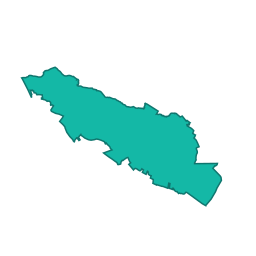 the district of Bobota, Salaj, Romania, rotated 46°
{"feature_id": "2599482B19126209643390", "entity_name": "Bobota", "entity_type": "district", "adm_level": 2, "iso_a3": "ROU", "parent_name": "Romania", "parent_adm1": "Salaj", "projection": "equal_earth", "projection_center": [22.731, 47.382], "detail": "fine", "context": "isolated", "style": "filled", "palette": "teal", "viewbox_px": 256, "rotation_deg": 46, "n_neighbors": 0, "source": "geoboundaries", "source_scale": "gbopen_adm2", "svg_char_len": 5796}
<svg xmlns="http://www.w3.org/2000/svg" viewBox="0 0 256 256"><g transform="rotate(46 128 128)"><path d="M102.9,172.0L103.0,171.7L103.2,170.7L101.0,170.2L100.3,170.2L100.0,168.3L99.9,166.4L100.4,166.6L100.7,166.9L102.5,166.4L105.1,166.1L107.7,165.1L108.9,164.6L110.5,163.5L111.2,162.9L113.1,160.2L113.9,158.5L115.0,157.6L115.9,157.0L118.0,155.9L120.4,154.9L121.1,154.6L121.5,154.6L122.8,154.9L122.9,155.0L123.5,155.3L123.8,155.3L124.0,155.0L123.6,154.1L126.1,154.3L126.6,154.2L128.6,154.1L129.7,154.4L130.3,154.8L132.6,154.8L129.0,162.9L130.6,162.7L135.4,161.9L139.5,161.0L143.7,160.3L144.6,160.0L145.3,160.0L147.2,160.7L147.7,160.3L147.9,159.9L147.9,159.7L148.3,159.4L148.7,158.6L148.8,158.2L148.0,157.2L147.6,156.5L147.4,155.5L147.4,155.1L147.2,154.9L147.4,154.4L147.7,154.4L147.9,154.1L148.0,152.2L148.3,151.1L148.4,150.0L148.7,149.2L149.2,148.5L152.4,149.8L154.1,150.3L154.9,150.3L154.7,152.7L162.0,153.2L161.8,151.5L162.2,151.0L162.2,150.8L163.3,150.1L164.7,149.9L166.6,149.4L166.9,149.3L167.3,148.8L167.3,147.1L167.0,146.4L168.9,146.0L169.9,148.5L173.9,147.2L172.6,144.3L172.6,144.0L172.8,143.9L173.2,143.9L173.8,144.1L174.1,144.5L174.4,144.6L175.2,145.3L175.5,145.5L177.5,145.1L178.4,144.5L179.6,146.7L182.6,145.6L184.6,147.8L185.0,148.5L186.2,148.1L188.8,147.1L188.6,146.8L193.6,144.1L194.2,143.5L198.6,141.4L198.3,141.1L199.0,140.7L197.4,138.9L196.0,137.0L197.1,136.4L200.1,140.2L203.6,138.4L203.3,138.0L202.4,137.8L202.5,137.4L202.8,137.4L203.1,137.8L203.7,137.5L203.8,137.6L204.6,137.5L205.1,137.8L205.9,137.9L207.4,137.5L207.7,137.1L207.9,136.8L208.5,137.0L210.3,137.1L210.4,136.7L210.6,136.1L211.7,135.7L212.0,135.2L213.7,134.2L214.3,133.6L214.6,133.0L214.4,131.1L214.6,130.9L215.4,130.4L234.2,127.1L237.9,126.0L237.7,125.7L236.9,117.6L234.6,109.3L233.0,105.7L230.6,97.2L228.0,95.3L226.4,95.0L216.0,95.0L215.7,93.3L215.8,92.6L215.4,92.0L215.8,91.4L216.1,91.3L216.2,90.8L216.2,90.2L216.3,89.5L215.6,88.3L199.9,104.9L199.4,104.4L199.0,103.1L198.6,102.4L198.3,101.1L197.8,101.0L195.8,98.9L194.9,97.6L194.3,96.5L194.2,95.9L193.6,95.0L192.7,94.3L190.8,93.5L190.0,92.9L189.9,92.5L190.0,92.0L190.6,90.5L190.9,90.0L190.9,89.9L187.1,88.4L184.0,87.4L182.5,87.4L181.6,87.6L181.1,87.6L180.9,87.4L180.9,86.9L180.7,85.9L180.4,85.8L180.4,85.5L180.2,85.0L180.0,84.8L179.9,84.4L178.5,84.9L177.8,84.9L176.9,85.2L176.4,84.5L176.2,83.7L175.5,82.5L172.4,82.6L167.9,83.9L167.8,83.5L167.6,83.3L166.9,83.6L166.5,83.3L167.0,82.8L167.7,82.6L168.3,81.9L168.2,81.5L167.8,81.1L167.6,81.1L167.3,81.2L167.4,79.7L163.5,80.3L163.4,81.3L157.1,80.7L156.3,82.8L153.6,83.0L153.0,83.2L151.8,83.2L151.6,83.1L150.8,83.4L150.4,83.7L150.0,83.9L149.8,84.1L150.1,84.4L150.0,84.5L149.4,84.7L148.7,85.3L147.5,86.5L147.3,87.0L147.3,87.9L147.6,88.7L147.5,89.4L147.8,89.6L147.8,89.8L147.6,90.3L147.6,90.6L147.3,90.8L147.1,91.4L146.8,91.8L146.8,92.0L146.6,92.2L146.8,92.4L146.8,92.5L146.6,92.6L146.3,92.4L146.2,92.4L145.9,92.7L145.8,93.1L145.6,93.5L145.1,93.6L144.8,94.0L144.5,94.0L144.3,93.8L144.0,94.0L143.5,94.0L143.4,94.2L143.1,94.4L143.3,94.5L143.2,94.8L142.8,95.0L142.6,94.9L142.2,95.1L141.9,95.1L141.8,94.7L141.5,94.7L141.2,95.0L140.8,95.1L140.0,95.7L139.8,96.0L139.5,96.7L139.3,96.8L139.0,97.1L138.2,97.3L137.8,97.9L136.8,94.6L124.0,97.7L123.5,98.0L122.2,98.4L122.2,98.7L122.3,99.1L123.1,99.6L123.4,99.9L124.2,102.0L124.9,102.0L125.0,102.7L125.2,103.3L125.0,103.6L124.4,103.6L124.0,104.0L123.6,104.1L123.6,104.5L122.5,105.1L122.4,105.5L121.9,105.9L121.5,106.0L121.1,106.3L120.6,106.8L120.6,107.3L118.9,108.7L118.3,108.7L118.1,108.9L117.7,109.0L117.1,109.0L116.3,109.3L116.1,109.6L115.9,110.4L115.2,111.1L114.9,111.7L114.5,112.1L113.2,112.8L113.1,113.1L112.1,113.7L111.5,114.2L110.4,114.2L109.8,114.1L109.2,114.2L107.7,115.1L107.1,115.1L106.2,114.9L105.8,115.3L105.5,115.4L103.9,115.4L102.2,116.2L101.5,116.2L100.9,116.4L100.5,116.8L99.0,116.9L98.2,117.1L97.1,118.0L96.5,118.5L93.2,119.9L92.7,120.8L91.9,121.1L91.2,122.1L90.7,122.5L89.9,122.9L89.5,123.0L88.1,122.7L87.6,122.7L83.5,122.3L82.1,122.6L79.8,124.0L79.4,124.6L79.1,124.6L78.6,124.2L76.7,125.4L76.6,125.8L74.9,126.2L74.6,126.0L74.4,126.1L72.1,128.6L71.4,129.0L70.0,130.0L67.4,132.1L65.1,132.8L64.1,133.8L63.9,134.2L62.3,135.0L61.7,134.4L62.2,134.1L62.3,133.9L61.5,132.4L61.3,132.2L60.9,132.2L60.5,131.5L59.9,131.4L59.5,130.5L58.5,130.2L57.8,130.5L57.7,130.8L57.6,131.3L57.3,130.9L56.3,131.0L55.3,131.2L53.4,131.4L53.1,131.4L52.9,131.8L52.2,132.3L51.1,132.7L50.7,132.8L49.4,133.7L48.6,134.7L48.0,135.9L46.9,137.0L45.9,137.6L43.2,137.9L40.9,137.6L39.8,137.6L38.1,138.0L35.9,137.8L34.5,138.1L33.9,138.1L33.4,138.7L31.8,142.3L31.3,144.2L31.1,145.3L29.7,147.1L29.6,147.5L29.4,147.8L29.2,148.3L29.4,148.8L29.3,150.0L29.4,150.4L30.6,151.2L31.0,152.1L30.9,152.7L31.1,153.8L30.7,155.3L29.3,156.9L27.7,157.8L25.9,159.1L25.2,159.9L22.9,161.2L22.0,162.1L21.7,162.5L21.5,163.0L21.7,163.9L21.7,164.4L21.1,165.2L21.0,165.8L20.8,166.5L18.6,168.8L18.1,169.7L19.3,169.9L30.9,173.4L38.6,176.1L38.7,175.8L37.3,174.8L37.2,174.0L36.5,173.6L36.2,173.6L35.5,173.3L34.2,172.4L33.0,172.1L33.4,171.7L34.5,170.4L35.3,170.7L35.8,170.2L36.1,170.4L37.5,171.1L38.4,170.2L39.0,170.0L40.7,170.5L41.6,169.5L41.5,169.4L44.6,166.7L45.4,167.4L47.5,168.8L46.4,169.4L47.1,170.1L48.5,169.1L48.9,169.0L49.3,168.6L50.9,167.8L51.5,167.8L52.7,167.6L52.8,167.4L52.7,167.2L54.2,166.0L54.8,165.9L55.1,166.0L55.7,165.9L56.1,166.1L56.7,166.6L57.1,167.2L57.9,167.8L58.1,167.7L57.9,167.2L58.1,167.0L59.2,166.3L59.8,166.2L60.3,166.2L60.3,166.4L60.1,166.4L60.1,166.6L60.4,166.9L60.9,168.6L61.5,171.0L62.4,171.3L62.8,171.5L67.2,169.9L70.1,168.0L74.5,166.2L75.2,168.5L75.8,172.6L80.3,172.4L83.3,172.6L84.2,173.2L88.6,175.0L93.8,175.8L98.3,175.8L99.0,176.3L100.6,176.3L100.6,175.9L99.8,175.1L99.8,174.5L99.4,171.6L99.7,171.4L99.9,171.7L102.0,171.8L102.9,172.0Z" fill="#14b8a6" stroke="#0f766e" stroke-width="1.5"/></g></svg>